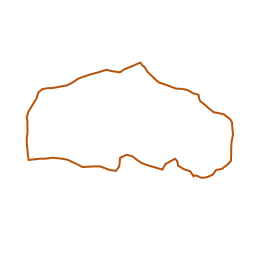 Ujar District, Ucar, Azerbaijan, rotated 170°
{"feature_id": "54616110B8701125158325", "entity_name": "Ujar District", "entity_type": "district", "adm_level": 2, "iso_a3": "AZE", "parent_name": "Azerbaijan", "parent_adm1": "Ucar", "projection": "albers", "projection_center": [47.737, 40.438], "detail": "fine", "context": "isolated", "style": "outline", "palette": "amber", "viewbox_px": 256, "rotation_deg": 170, "n_neighbors": 0, "source": "geoboundaries", "source_scale": "gbopen_adm2", "svg_char_len": 1219}
<svg xmlns="http://www.w3.org/2000/svg" viewBox="0 0 256 256"><g transform="rotate(170 128 128)"><path d="M52.8,148.4L57.6,150.8L63.1,155.2L68.5,157.3L73.7,158.4L80.7,162.5L84.0,164.4L89.6,167.5L92.8,171.1L95.5,175.2L98.8,179.4L101.0,185.0L103.3,187.6L104.4,190.2L106.8,189.8L111.3,188.6L121.2,186.5L126.4,184.2L134.4,187.0L139.1,189.1L148.3,187.9L156.8,187.2L168.1,185.3L175.8,182.0L180.5,180.6L188.3,180.5L194.9,180.5L201.2,181.2L205.2,181.2L206.7,180.5L209.9,178.8L213.2,172.7L218.4,166.8L223.3,161.3L225.9,155.9L225.9,151.9L227.7,141.5L229.8,134.1L230.3,130.4L231.2,119.3L231.4,113.8L230.2,113.7L219.7,113.0L215.2,112.2L207.4,111.8L199.1,109.5L193.2,107.3L184.7,101.4L179.7,97.5L169.0,96.2L162.1,95.0L153.2,89.8L147.2,87.9L143.3,91.8L140.9,100.0L134.0,101.9L128.4,99.2L124.5,94.8L120.5,91.1L116.1,88.4L101.4,81.1L97.2,86.1L87.1,89.5L85.3,87.1L85.2,82.2L79.8,77.5L74.1,74.5L71.9,69.1L70.8,69.8L67.9,68.7L64.3,66.1L58.8,65.8L52.8,67.3L48.4,71.4L42.7,71.4L35.6,75.1L32.3,77.9L31.4,81.8L30.2,88.3L29.1,93.8L27.7,98.4L25.7,103.4L25.3,109.2L24.6,115.4L26.0,119.2L30.0,123.3L30.8,124.6L35.4,126.6L40.9,128.7L44.9,133.2L47.3,136.4L52.0,141.6L52.8,144.0L52.8,148.4Z" fill="none" stroke="#b45309" stroke-width="2"/></g></svg>